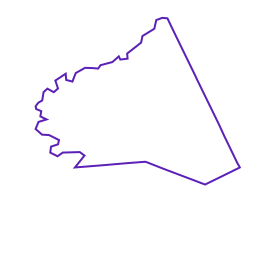 outline of Washington, Pennsylvania, United States of America, rotated 154°
{"feature_id": "52423323B65107112441077", "entity_name": "Washington", "entity_type": "district", "adm_level": 2, "iso_a3": "USA", "parent_name": "United States of America", "parent_adm1": "Pennsylvania", "projection": "equal_earth", "projection_center": [-80.184, 40.215], "detail": "fine", "context": "isolated", "style": "outline", "palette": "violet", "viewbox_px": 256, "rotation_deg": 154, "n_neighbors": 0, "source": "geoboundaries", "source_scale": "gbopen_adm2", "svg_char_len": 954}
<svg xmlns="http://www.w3.org/2000/svg" viewBox="0 0 256 256"><g transform="rotate(154 128 128)"><path d="M203.7,133.5L197.4,134.5L181.9,127.5L179.2,122.3L193.0,115.8L163.7,104.3L153.8,100.5L143.5,96.5L127.3,90.1L126.1,89.0L114.4,76.2L83.5,43.4L83.3,43.4L44.8,43.5L44.8,44.6L45.1,48.2L45.0,68.4L45.0,68.7L45.0,78.6L44.8,86.9L44.7,90.6L44.7,141.4L44.7,141.5L44.6,145.7L44.6,166.2L44.6,172.0L44.6,172.3L44.6,191.8L44.5,209.0L44.5,209.3L49.0,212.0L55.3,212.6L60.8,205.7L74.7,204.3L78.8,199.0L96.1,195.3L98.0,190.5L104.9,192.9L104.9,196.4L113.1,194.1L125.1,196.5L128.8,194.5L133.4,197.3L140.2,200.9L150.9,200.3L157.6,194.1L162.5,198.3L160.2,204.1L172.5,202.5L173.6,194.2L179.0,192.7L183.2,198.7L188.1,197.3L193.0,190.4L197.7,190.0L201.5,188.0L202.2,185.3L198.6,181.2L201.7,176.8L197.4,171.4L205.8,172.7L211.5,167.6L208.2,159.7L202.1,156.3L195.3,147.4L198.1,144.0L205.3,145.0L208.7,140.0L203.7,133.5Z" fill="none" stroke="#5b21b6" stroke-width="2"/></g></svg>